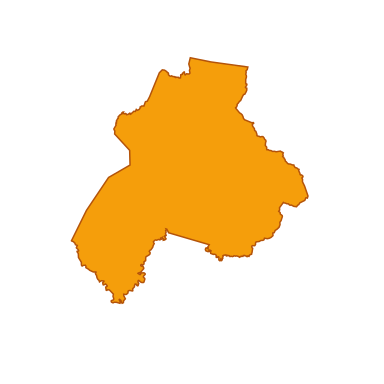 La Pintada, Coclé, Panama, rotated 211°
{"feature_id": "35544464B73573459744927", "entity_name": "La Pintada", "entity_type": "district", "adm_level": 2, "iso_a3": "PAN", "parent_name": "Panama", "parent_adm1": "Coclé", "projection": "orthographic", "projection_center": [-80.565, 8.715], "detail": "fine", "context": "isolated", "style": "filled", "palette": "amber", "viewbox_px": 384, "rotation_deg": 211, "n_neighbors": 0, "source": "geoboundaries", "source_scale": "gbopen_adm2", "svg_char_len": 6041}
<svg xmlns="http://www.w3.org/2000/svg" viewBox="0 0 384 384"><g transform="rotate(211 192 192)"><path d="M108.9,223.6L108.3,230.1L107.5,230.0L106.5,230.5L104.6,230.8L103.3,231.5L101.8,231.1L101.1,231.2L100.1,232.0L97.4,232.1L94.8,233.2L94.6,235.1L94.0,236.2L94.0,238.2L91.0,242.9L91.4,245.6L90.9,246.0L90.0,246.2L90.5,248.3L98.6,255.1L102.6,257.7L103.7,259.7L105.0,260.6L104.7,261.8L105.0,262.7L106.8,263.1L107.8,262.5L108.4,262.7L109.0,263.5L111.5,265.2L111.9,266.5L113.0,266.3L114.5,266.6L116.2,266.1L117.7,266.8L118.6,267.6L120.0,266.9L122.0,266.6L123.9,265.7L125.0,265.8L127.0,266.5L127.8,266.5L129.2,267.9L130.1,268.1L131.3,269.0L132.5,269.0L132.7,270.3L133.7,271.2L133.9,272.6L135.2,272.7L136.1,272.5L137.3,272.6L140.6,269.8L142.2,269.4L143.8,268.3L145.7,268.2L147.0,267.5L148.5,267.5L149.6,266.8L150.2,267.4L151.1,268.9L153.1,269.6L154.3,272.0L154.7,273.6L155.5,274.4L156.7,274.5L158.1,275.5L159.7,276.0L160.6,275.6L161.8,274.4L163.2,274.3L164.4,273.8L165.4,273.8L166.1,274.9L168.5,276.9L170.0,277.0L171.2,278.5L173.7,279.5L174.8,280.5L175.1,281.1L174.5,282.6L175.0,283.1L175.3,283.1L176.3,282.2L184.2,281.0L185.9,281.7L187.0,282.8L188.8,284.0L190.7,284.4L191.9,284.3L197.8,286.4L198.1,286.8L197.6,287.6L197.8,289.3L198.4,290.2L198.4,290.8L198.1,292.1L198.0,294.1L197.4,295.4L198.0,300.9L197.9,302.2L197.1,303.0L197.2,305.6L197.5,307.5L198.5,309.2L199.6,309.0L200.1,309.2L200.3,309.9L200.0,311.2L200.3,312.4L200.8,312.8L201.5,312.4L202.0,312.9L203.9,316.1L204.6,318.7L205.5,319.9L206.6,320.6L207.0,322.1L208.1,323.6L207.7,325.4L208.5,327.9L243.1,313.1L262.6,306.2L260.7,300.1L258.3,297.8L257.4,297.2L256.8,294.9L255.0,292.9L255.1,292.0L255.8,291.3L257.6,290.5L258.2,288.9L259.3,289.5L260.3,290.9L260.6,290.9L261.3,288.7L260.9,287.8L262.0,286.7L260.7,283.9L261.7,283.0L262.8,283.3L264.3,282.3L265.0,282.3L265.2,281.7L265.8,281.9L266.2,281.6L266.6,281.8L267.9,281.1L269.3,281.1L269.6,280.5L270.4,280.0L271.2,280.2L271.6,280.1L272.7,280.5L273.3,281.6L274.0,281.9L274.7,281.7L275.6,282.2L278.3,282.3L280.4,281.4L281.4,277.4L277.4,251.8L277.1,246.7L278.2,245.7L278.4,245.2L277.5,240.9L278.2,240.6L279.6,239.6L279.6,238.8L280.2,238.3L279.7,236.9L279.8,235.6L280.9,233.9L282.3,234.1L282.0,231.9L283.4,231.3L284.7,226.9L285.2,226.9L285.5,227.6L285.9,227.6L286.8,225.6L287.8,224.6L288.2,224.6L288.7,225.1L289.4,225.1L290.1,224.2L291.2,224.0L291.6,223.6L291.9,223.8L291.8,225.3L292.4,225.0L292.9,223.4L292.6,222.5L293.5,220.9L294.0,218.3L293.2,217.1L293.5,216.5L293.4,213.8L292.7,213.3L292.8,212.3L292.2,212.0L292.4,211.1L291.5,210.1L291.5,206.0L291.0,205.3L289.6,204.6L288.2,201.9L266.9,195.6L259.0,183.2L271.0,161.5L273.0,121.9L270.2,88.1L269.7,88.0L268.0,88.4L266.6,87.9L266.0,87.9L264.8,86.8L262.8,87.1L262.4,84.6L259.9,84.0L258.9,83.2L259.1,82.6L259.9,82.1L259.8,81.6L257.8,80.7L255.6,77.4L250.7,74.8L249.2,72.5L248.5,72.0L248.0,72.0L247.2,73.3L245.7,74.3L244.7,73.8L244.0,72.5L240.9,72.5L239.4,72.2L235.4,72.6L233.2,74.0L232.9,73.7L233.0,72.8L232.8,72.4L231.7,71.6L231.0,71.5L229.7,70.0L228.7,69.2L227.6,68.6L226.1,68.3L225.0,67.3L224.0,69.3L221.7,70.3L221.4,69.9L221.8,68.2L220.4,66.7L219.9,66.8L218.7,68.7L216.4,68.0L216.2,67.5L217.0,66.0L214.9,63.6L214.3,63.8L214.0,64.8L212.3,65.5L206.8,64.0L206.0,61.9L204.3,60.4L203.8,59.6L204.0,58.8L205.2,57.3L205.0,56.7L204.3,56.1L202.6,56.3L201.8,57.5L200.0,58.5L196.4,59.5L196.4,60.5L198.9,62.1L199.0,62.4L198.8,62.7L197.1,62.5L195.5,61.0L194.6,60.6L193.8,61.8L194.6,63.5L194.1,66.1L197.0,67.9L197.9,69.2L195.8,70.1L195.3,71.0L194.9,72.5L195.7,74.0L195.3,75.0L194.3,75.7L192.2,76.4L191.9,76.9L193.0,78.5L192.5,81.0L193.2,82.5L193.3,83.9L191.9,84.3L191.7,83.8L190.9,83.5L190.2,83.6L190.0,84.0L190.6,86.2L191.8,86.9L192.4,87.9L192.4,88.6L191.9,88.8L189.6,88.4L188.6,88.5L187.2,89.2L186.8,90.0L187.6,93.2L188.3,93.7L189.5,93.8L190.0,94.2L190.2,95.2L189.7,97.2L190.2,97.9L191.5,98.0L193.1,97.0L194.0,96.0L194.0,95.5L193.7,94.9L194.0,94.4L196.4,94.4L196.4,94.8L194.7,96.8L193.9,101.4L194.3,102.1L195.5,102.9L197.3,102.4L198.0,102.5L198.3,103.0L198.1,103.8L197.5,104.1L196.6,104.1L196.1,105.1L196.2,105.8L197.2,107.3L196.9,107.6L196.8,108.7L196.4,109.0L196.5,109.6L197.8,111.7L198.1,112.8L196.4,115.9L196.1,117.2L196.6,118.4L198.1,119.1L198.0,120.4L197.4,121.3L197.2,124.4L197.7,126.2L197.8,128.3L198.8,128.8L199.5,129.6L198.9,131.7L198.5,132.2L197.4,132.5L196.4,134.0L194.8,134.4L194.7,135.1L195.2,136.3L194.2,137.1L194.1,137.7L193.6,137.3L193.4,136.2L192.4,137.1L191.7,137.0L191.6,136.0L190.7,136.8L190.1,138.2L190.2,138.6L191.7,139.2L192.1,139.9L192.9,139.8L192.7,140.6L191.9,141.1L191.8,141.5L193.5,143.0L193.5,144.1L194.2,145.1L194.8,145.4L194.5,146.6L195.2,147.0L194.5,147.2L191.0,145.0L150.1,155.7L150.1,152.9L149.3,152.5L149.1,151.6L150.7,151.6L151.1,151.3L151.3,150.8L150.8,149.4L149.8,148.7L147.5,149.1L146.3,150.3L147.4,150.5L147.5,151.0L146.8,151.4L145.6,151.5L145.3,151.3L145.6,150.4L144.3,149.0L141.5,149.5L141.1,150.1L139.5,150.5L137.5,149.5L137.9,148.8L137.5,148.5L136.6,148.9L135.8,150.1L135.4,149.9L134.0,147.6L132.7,147.4L132.4,148.1L132.8,149.3L132.4,149.2L131.6,148.2L131.3,148.4L131.2,149.6L131.9,150.6L131.5,151.1L132.0,151.5L132.1,152.7L132.7,153.2L132.2,154.2L131.7,154.5L131.2,155.2L130.3,155.2L129.7,155.8L129.4,155.6L129.5,155.0L129.3,155.0L128.4,156.2L127.7,156.2L127.3,156.6L126.2,156.2L125.3,157.1L124.1,157.4L123.3,158.3L123.2,159.0L121.5,159.5L121.1,160.1L119.3,160.6L117.6,160.6L117.6,161.2L116.8,161.7L116.8,162.3L115.2,163.0L115.3,164.0L114.5,164.2L114.2,164.8L111.7,164.9L111.8,165.3L111.2,165.5L111.2,165.9L110.0,166.1L110.0,166.7L110.3,166.9L110.1,167.8L109.0,169.2L108.9,169.6L109.3,169.9L109.3,170.8L111.0,175.0L112.0,175.2L112.9,176.3L112.3,177.4L110.9,178.0L110.5,178.5L110.6,179.9L111.3,181.0L111.3,182.3L108.9,184.2L108.0,185.9L106.3,187.1L105.7,188.1L106.1,189.7L103.3,190.8L101.9,192.2L100.9,193.7L100.1,196.3L101.6,198.4L100.6,199.5L100.9,202.0L100.0,203.7L99.2,206.5L99.7,209.3L101.1,211.3L100.9,213.3L101.9,217.5L102.6,218.3L105.0,218.6L105.9,219.8L107.7,220.1L107.6,221.7L108.9,223.6Z" fill="#f59e0b" stroke="#b45309" stroke-width="1.5"/></g></svg>